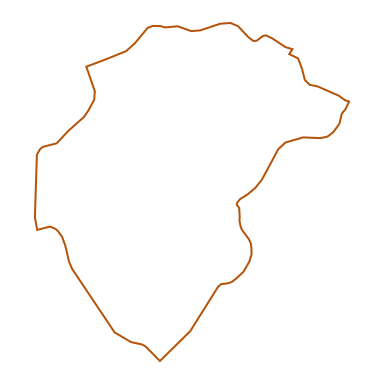 the Province of Herrera
{"feature_id": "PAN-1338", "entity_name": "Herrera", "entity_type": "Province", "adm_level": 1, "iso_a3": "PAN", "parent_name": "Panama", "parent_adm1": "", "projection": "mercator", "projection_center": [-80.638, 7.834], "detail": "fine", "context": "isolated", "style": "outline", "palette": "amber", "viewbox_px": 384, "rotation_deg": 0, "n_neighbors": 0, "source": "natural_earth", "source_scale": "10m", "svg_char_len": 1120}
<svg xmlns="http://www.w3.org/2000/svg" viewBox="0 0 384 384"><path d="M292.5,49.2L289.2,54.1L298.1,58.4L302.1,69.0L304.8,79.9L309.7,84.8L317.8,86.5L338.8,95.7L345.2,100.3L349.1,101.5L345.5,109.1L341.8,113.7L339.4,123.9L333.2,132.2L327.5,136.6L320.5,138.1L303.2,137.4L285.4,142.5L278.3,149.2L261.7,180.0L255.2,188.0L247.3,194.6L240.1,199.1L237.3,202.5L236.7,204.7L239.2,208.0L239.7,216.7L239.5,220.7L240.4,225.7L241.9,229.8L249.0,239.3L250.8,243.6L251.4,247.8L251.6,254.2L249.4,261.5L243.6,271.6L236.7,278.1L232.2,281.7L228.3,283.3L221.2,284.1L218.0,286.9L190.2,331.2L159.9,361.0L145.6,346.5L142.2,344.5L131.0,342.1L114.6,332.4L72.2,269.0L69.0,261.6L65.3,245.7L62.1,236.9L58.1,231.3L55.5,228.9L50.0,226.6L37.2,229.9L34.9,217.4L36.9,154.7L40.0,149.3L42.7,146.9L56.7,143.3L68.3,130.9L84.0,116.9L88.3,110.6L94.2,99.8L94.8,91.1L86.3,66.7L106.4,59.1L126.2,51.1L135.1,43.0L147.6,27.9L152.9,25.9L160.4,26.1L165.3,27.4L177.8,26.3L191.2,31.1L200.2,30.4L220.3,23.7L230.5,23.0L238.1,26.2L248.5,37.3L253.4,41.0L256.7,40.7L263.0,35.9L266.1,35.4L272.6,38.6L285.4,47.1L292.5,49.2Z" fill="none" stroke="#b45309" stroke-width="2"/></svg>